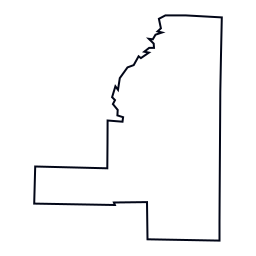 outline of Jackson, Arkansas, United States of America
{"feature_id": "52423323B15986189273737", "entity_name": "Jackson", "entity_type": "district", "adm_level": 2, "iso_a3": "USA", "parent_name": "United States of America", "parent_adm1": "Arkansas", "projection": "natural_earth1", "projection_center": [-91.26, 35.622], "detail": "fine", "context": "isolated", "style": "outline", "palette": "ink", "viewbox_px": 256, "rotation_deg": 0, "n_neighbors": 0, "source": "geoboundaries", "source_scale": "gbopen_adm2", "svg_char_len": 628}
<svg xmlns="http://www.w3.org/2000/svg" viewBox="0 0 256 256"><path d="M219.6,202.6L220.3,91.7L221.0,54.6L221.8,17.4L185.7,15.4L165.4,15.4L158.9,18.8L160.9,28.3L157.6,31.4L162.0,32.5L155.5,34.7L152.8,39.3L148.8,38.8L153.7,43.6L154.0,47.9L149.1,47.9L144.3,51.7L148.9,52.6L140.9,58.1L138.6,56.3L133.7,65.1L127.5,67.4L119.8,78.1L118.0,89.8L115.4,86.3L112.1,97.2L115.0,100.1L112.9,104.1L117.7,109.9L117.4,115.4L123.1,117.2L122.5,121.7L107.6,120.5L107.5,142.6L107.3,168.3L35.2,166.5L34.2,203.6L114.9,205.0L113.9,202.5L147.0,202.1L147.5,239.3L219.5,240.6L219.5,222.1L219.6,202.6Z" fill="none" stroke="#020617" stroke-width="2"/></svg>